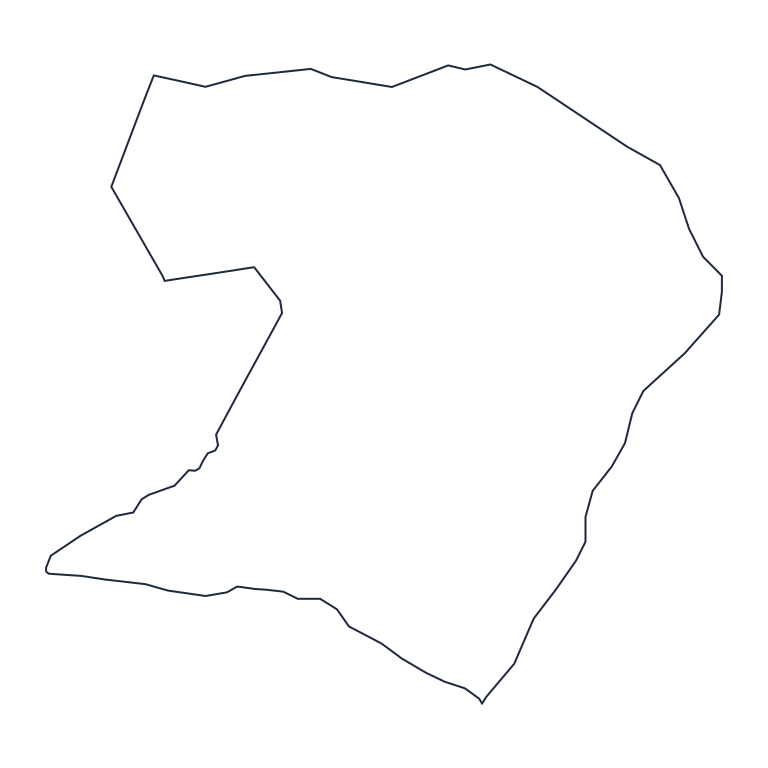 outline of Tawila, North Darfur, Sudan
{"feature_id": "16777658B31979964775583", "entity_name": "Tawila", "entity_type": "district", "adm_level": 2, "iso_a3": "SDN", "parent_name": "Sudan", "parent_adm1": "North Darfur", "projection": "robinson", "projection_center": [24.702, 13.314], "detail": "fine", "context": "isolated", "style": "outline", "palette": "slate", "viewbox_px": 768, "rotation_deg": 0, "n_neighbors": 0, "source": "geoboundaries", "source_scale": "gbopen_adm2", "svg_char_len": 1868}
<svg xmlns="http://www.w3.org/2000/svg" viewBox="0 0 768 768"><path d="M153.8,75.4L146.5,94.0L141.4,107.3L111.3,186.8L162.5,275.8L164.7,280.9L165.4,280.8L177.5,278.9L183.4,278.0L215.3,273.2L251.2,267.6L253.6,267.3L254.2,267.3L254.4,267.5L279.9,300.4L280.1,300.7L282.1,313.1L281.4,314.2L264.4,345.5L248.3,374.9L232.7,403.7L216.6,433.7L216.1,434.6L216.3,435.9L217.9,444.9L218.0,445.4L217.8,445.8L215.4,450.2L215.1,450.5L208.0,453.2L207.8,453.3L203.1,460.6L199.9,467.3L199.4,468.2L198.7,468.7L195.9,470.3L195.3,470.7L189.0,470.3L188.7,470.3L188.5,470.5L174.7,485.5L174.3,485.9L174.1,485.9L166.5,488.5L148.7,494.9L141.5,499.4L133.3,512.5L116.1,515.9L80.6,535.7L50.8,555.7L46.1,567.6L46.1,570.4L46.2,571.6L48.8,573.7L55.7,574.2L57.3,574.3L65.9,574.9L81.2,575.9L104.9,579.5L145.6,584.2L167.7,590.5L168.1,590.6L204.3,595.8L205.8,596.0L206.1,595.9L226.0,592.5L226.8,592.4L227.6,592.0L235.1,587.7L237.2,586.6L237.6,586.6L254.6,588.9L254.9,589.0L266.2,589.7L267.4,589.8L267.8,589.8L270.1,590.2L277.9,591.0L283.2,591.7L283.7,591.9L284.6,592.3L287.6,593.8L297.4,598.6L297.7,598.8L298.0,598.8L319.9,598.8L320.2,598.8L320.4,599.0L336.3,608.9L337.0,609.4L337.3,609.8L348.7,626.1L349.0,626.5L349.4,626.7L380.7,643.1L381.4,643.5L382.0,643.9L394.1,652.8L401.4,658.3L422.6,670.8L426.3,672.9L426.5,673.1L426.9,673.2L444.6,681.7L454.7,685.0L464.2,688.1L464.8,688.4L465.0,688.5L471.0,692.7L479.1,698.7L479.3,698.9L482.0,703.5L482.2,703.3L483.8,700.8L486.3,696.8L514.2,663.8L533.7,618.6L556.0,589.4L576.0,560.7L585.5,541.7L585.5,516.9L592.7,490.8L611.7,466.6L625.0,443.1L632.3,413.2L643.4,390.9L684.6,353.4L719.1,314.6L721.9,291.7L721.9,275.8L703.0,256.7L689.0,228.7L684.6,215.4L679.0,198.2L660.0,165.1L627.1,146.7L537.4,86.9L490.4,64.5L465.2,69.5L448.2,65.4L391.9,87.0L331.6,77.1L310.8,68.9L245.0,75.9L205.5,86.8L153.9,75.4L153.8,75.4Z" fill="none" stroke="#1e293b" stroke-width="2"/></svg>